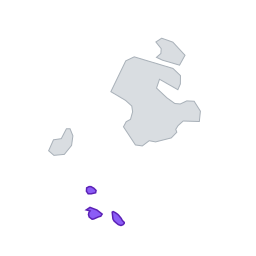 Kumlinge highlighted on a map of Aland, rotated 121°
{"feature_id": "ALD-4822", "entity_name": "Kumlinge", "entity_type": "state/province", "adm_level": 1, "iso_a3": "ALA", "parent_name": "Aland", "parent_adm1": "", "projection": "albers", "projection_center": [20.759, 60.281], "detail": "fine", "context": "in_parent", "style": "filled", "palette": "violet", "viewbox_px": 256, "rotation_deg": 121, "n_neighbors": 0, "source": "natural_earth", "source_scale": "10m", "svg_char_len": 1308}
<svg xmlns="http://www.w3.org/2000/svg" viewBox="0 0 256 256"><g transform="rotate(121 128 128)"><path d="M100.1,86.3L104.5,86.4L106.5,84.0L114.2,85.8L125.7,97.2L128.0,103.3L136.0,106.5L138.7,112.9L129.3,132.5L123.5,132.8L119.3,130.3L111.7,132.4L107.2,136.1L105.6,144.3L105.7,161.4L71.6,164.5L63.8,159.3L53.8,120.1L56.1,110.0L63.3,105.8L69.5,105.0L70.0,126.1L79.1,124.1L82.1,110.3L82.9,100.5L80.5,95.6L74.5,91.6L71.0,85.1L76.3,74.6L85.7,70.2L93.6,84.3L100.1,86.3ZM52.1,133.4L52.8,140.0L47.2,138.2L42.9,140.4L39.9,148.4L33.7,145.4L31.3,133.8L36.3,116.6L47.6,116.2L52.1,133.4ZM189.6,177.4L188.4,184.3L176.5,185.8L171.5,179.7L160.4,180.4L158.5,177.3L163.1,171.2L172.0,167.4L183.4,169.0L189.6,177.4Z" fill="#d9dde1" stroke="#a8b0b8" stroke-width="1"/><path d="M219.7,121.6L215.6,119.7L214.3,112.4L215.1,105.8L217.7,105.9L219.2,107.4L223.6,110.5L224.7,111.8L224.3,115.4L222.6,117.3L220.5,118.0L218.6,117.8L219.7,121.6ZM213.7,94.1L208.3,98.2L207.3,97.7L207.1,95.7L207.1,94.7L207.3,92.3L207.7,90.8L208.8,87.7L209.3,86.7L209.9,85.8L210.5,84.1L210.8,82.6L211.8,82.1L213.5,82.5L215.2,83.8L215.8,86.5L215.4,89.4L214.9,92.1L213.7,94.1ZM200.2,122.4L203.4,125.7L204.9,128.3L203.6,131.1L200.6,132.6L198.3,131.2L197.3,129.5L197.2,126.2L198.0,123.2L200.2,122.4Z" fill="#8b5cf6" stroke="#5b21b6" stroke-width="1.5"/></g></svg>